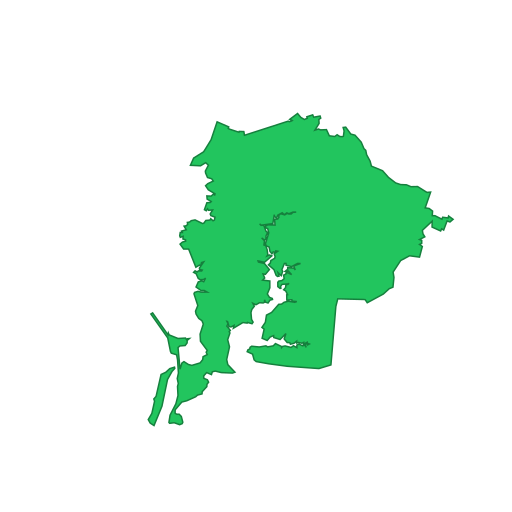 Whau Local Board Area, New Zealand, rotated 235°
{"feature_id": "76426892B68447981538079", "entity_name": "Whau Local Board Area", "entity_type": "district", "adm_level": 2, "iso_a3": "NZL", "parent_name": "New Zealand", "parent_adm1": "", "projection": "mercator", "projection_center": [174.682, -36.899], "detail": "fine", "context": "isolated", "style": "filled", "palette": "green", "viewbox_px": 512, "rotation_deg": 235, "n_neighbors": 0, "source": "geoboundaries", "source_scale": "gbopen_adm2", "svg_char_len": 6144}
<svg xmlns="http://www.w3.org/2000/svg" viewBox="0 0 512 512"><g transform="rotate(235 256 256)"><path d="M123.8,254.9L168.9,292.5L174.0,298.4L158.6,319.3L157.6,320.4L153.9,320.3L151.8,338.5L152.8,346.4L151.9,350.3L159.3,356.7L164.2,359.1L169.3,371.9L168.1,381.9L161.3,389.3L168.4,397.7L171.7,396.6L171.3,399.0L173.7,400.7L175.7,399.4L174.9,405.3L178.4,405.5L181.6,407.0L183.5,420.3L178.7,416.8L170.6,421.6L171.8,423.7L169.6,424.6L175.1,432.6L172.6,434.4L173.0,438.5L178.3,436.7L177.0,435.2L180.7,431.1L179.5,429.4L186.4,425.7L187.9,423.5L191.5,426.4L195.6,425.1L198.4,422.2L208.2,435.7L210.1,432.5L220.2,428.2L223.9,422.7L228.0,420.1L231.6,415.4L235.8,412.3L244.4,409.6L253.2,408.6L263.4,402.1L268.3,403.9L275.5,404.7L279.6,406.5L282.0,406.0L288.9,407.5L298.2,406.4L301.5,403.6L310.1,403.4L311.3,401.1L307.9,399.9L303.9,396.2L304.3,395.1L305.8,393.2L308.8,392.0L308.7,389.1L312.4,385.0L319.1,386.2L322.3,381.2L324.2,380.0L325.3,376.4L328.4,383.7L331.8,385.8L331.8,388.1L333.9,388.8L336.6,382.9L339.1,383.4L340.9,377.5L339.4,377.0L340.1,373.9L343.9,372.2L348.9,371.8L348.6,362.0L346.2,363.4L346.2,362.6L346.9,360.3L348.0,359.7L361.5,315.8L364.9,317.4L367.7,313.7L367.2,313.0L375.2,307.0L376.5,306.4L377.4,307.7L388.2,301.1L377.0,285.9L372.7,276.0L371.4,272.8L372.0,261.1L367.9,254.3L361.7,262.3L361.3,268.3L357.7,269.1L354.6,263.2L352.9,262.3L348.1,261.3L344.7,264.0L341.9,264.0L342.9,258.1L342.5,255.0L337.6,254.9L330.4,258.1L329.7,257.2L331.1,256.6L330.8,253.6L333.4,250.2L330.6,248.6L326.3,250.6L326.0,249.4L327.8,246.3L323.5,240.3L321.6,241.2L322.5,243.4L320.7,243.3L318.6,246.9L316.7,242.6L315.0,242.2L311.3,244.7L309.3,242.5L309.5,241.0L312.5,240.3L311.8,238.9L313.9,235.3L312.8,232.0L313.3,230.8L320.5,226.8L322.1,223.2L321.9,221.0L322.9,219.0L321.1,218.2L320.8,216.2L321.7,214.2L317.5,213.9L319.1,209.3L317.5,209.1L318.7,207.4L316.3,205.1L314.7,204.7L313.9,207.6L311.8,205.9L309.7,207.6L308.5,206.9L309.6,203.7L309.3,200.6L303.2,200.7L300.3,204.8L281.3,200.3L281.0,204.5L279.8,205.2L281.9,207.6L281.2,209.8L278.5,202.6L277.3,202.1L275.3,203.9L274.9,202.9L276.9,200.2L276.6,198.7L278.8,197.6L278.4,195.5L275.7,196.8L270.7,195.8L268.6,196.7L266.8,199.6L266.8,202.0L264.9,198.4L266.7,197.3L267.9,193.9L265.0,189.1L259.2,191.2L257.5,193.8L254.4,195.3L257.8,190.3L260.3,188.3L261.4,184.8L260.6,183.5L248.8,179.9L245.5,174.8L242.8,173.6L237.7,173.3L234.0,174.6L230.5,173.8L224.1,165.4L218.0,161.6L206.6,161.9L205.8,160.0L203.2,159.5L203.9,154.9L201.7,152.9L200.5,148.9L203.2,140.7L205.9,138.4L210.8,136.4L210.8,133.9L206.9,128.9L225.7,139.6L226.0,142.0L223.3,146.6L224.3,149.7L226.3,151.2L226.6,154.1L227.6,152.3L226.9,151.1L229.2,151.2L233.2,144.8L241.2,139.6L243.1,140.0L241.8,138.7L268.7,138.7L268.8,136.6L239.5,136.7L226.9,131.2L225.0,130.9L220.6,134.3L215.8,132.1L204.6,125.3L200.8,121.2L196.1,119.2L194.2,116.9L186.5,112.1L180.9,105.6L174.9,94.3L169.6,89.2L168.5,89.3L166.3,93.4L161.6,96.7L161.0,99.4L161.8,100.7L167.4,102.8L170.5,102.3L171.9,100.2L173.7,99.6L176.4,101.6L178.9,111.5L177.1,116.3L175.3,125.8L175.6,128.3L174.0,132.7L175.7,134.1L177.2,140.8L179.0,142.2L179.8,144.8L182.5,145.2L185.7,143.1L187.8,144.4L188.8,148.7L184.4,151.5L186.2,153.8L185.1,156.6L180.4,160.7L173.6,169.6L172.9,172.1L183.2,170.6L188.0,172.6L196.8,182.2L203.7,184.8L207.9,190.5L209.4,190.6L209.8,192.3L215.3,191.9L216.6,194.3L219.1,194.7L218.6,195.1L213.6,193.4L212.2,194.9L211.8,198.2L209.8,196.0L209.0,207.1L206.1,210.3L206.5,210.9L202.8,213.9L203.5,215.7L206.6,216.0L212.5,219.4L214.6,221.9L215.8,225.8L219.1,226.3L216.1,228.0L215.7,232.1L213.4,235.0L213.2,236.4L215.2,237.9L212.7,237.3L210.6,238.9L211.8,242.1L210.9,244.6L211.9,245.0L214.4,243.3L218.4,243.5L222.0,249.1L227.6,253.0L232.4,247.6L233.0,250.5L237.3,251.5L235.6,253.2L237.2,259.2L245.0,258.6L249.4,254.7L249.9,255.8L251.5,254.2L246.0,259.4L247.0,269.0L249.2,267.5L249.7,265.0L250.3,266.4L254.7,268.7L258.8,269.9L260.5,268.8L263.5,271.6L267.6,271.0L264.7,271.9L263.9,273.5L266.8,275.8L268.5,278.9L270.6,278.4L276.8,280.0L278.2,277.7L280.3,277.4L278.3,277.9L272.9,288.4L279.4,294.7L278.1,293.9L275.2,294.5L277.0,297.3L276.4,302.3L273.6,302.9L273.7,306.0L271.8,307.2L270.8,311.4L268.9,314.1L270.6,311.2L270.2,309.1L271.5,307.0L273.0,305.9L273.2,303.1L276.5,300.4L276.1,297.7L274.5,296.9L273.8,294.9L275.4,292.3L270.4,289.3L274.6,283.8L275.1,281.1L273.9,279.9L271.7,281.3L267.6,279.7L260.5,270.6L258.3,270.3L255.8,271.9L251.9,270.1L248.7,270.3L249.5,272.4L247.9,274.0L248.9,275.2L247.4,276.6L247.4,272.1L244.7,271.4L243.4,270.0L243.8,265.6L242.0,263.7L241.6,261.1L234.5,262.9L228.7,261.4L226.9,261.9L226.3,263.3L229.9,264.5L225.4,265.4L228.1,269.0L230.0,269.4L233.6,275.0L232.7,276.3L231.2,275.3L226.9,279.1L226.1,285.8L224.3,288.2L226.2,281.2L222.0,280.1L224.3,280.1L228.3,275.3L227.0,274.4L226.7,271.0L225.4,272.3L225.3,273.8L220.3,274.5L224.5,272.1L224.8,270.7L224.1,270.2L224.5,267.6L221.3,266.1L221.0,263.1L222.4,260.3L222.0,258.8L218.4,256.3L215.6,257.1L215.3,257.9L216.9,258.6L217.9,261.0L214.7,266.3L215.0,267.3L214.4,266.4L215.1,263.9L213.1,262.0L212.5,259.3L210.3,260.3L206.2,259.7L206.6,258.9L202.3,256.0L199.6,260.3L198.4,259.6L195.3,263.3L195.8,261.2L200.4,256.5L202.0,252.5L201.9,249.3L203.4,246.9L200.8,236.4L201.6,230.7L196.3,225.6L194.1,219.9L191.4,220.7L185.1,213.8L180.4,216.7L181.5,221.1L180.7,224.8L179.0,223.8L173.8,227.8L175.3,236.0L171.9,231.5L167.2,231.9L165.6,234.0L164.0,233.6L162.7,237.1L162.9,240.5L161.4,239.4L160.8,241.3L158.3,243.5L157.9,245.5L156.6,244.3L156.0,248.6L154.0,247.7L154.1,248.6L153.8,249.0L153.5,249.2L153.3,249.3L153.6,247.2L155.0,247.6L155.6,245.5L152.3,244.7L155.0,244.9L155.7,242.6L159.2,240.7L159.6,238.4L157.5,236.9L161.0,235.2L161.0,232.3L165.6,228.3L166.7,225.9L166.3,224.4L167.4,224.9L173.1,221.7L172.5,218.6L174.9,213.4L176.7,212.6L179.6,206.5L184.6,200.7L184.6,198.7L183.4,197.6L183.8,195.6L182.7,193.9L177.6,196.9L172.0,194.9L169.4,195.6L160.3,204.7L147.7,218.4L127.7,243.0L123.8,254.9ZM179.8,73.5L175.6,75.2L186.9,92.8L205.6,112.7L209.6,121.0L210.5,125.0L211.7,125.5L213.2,120.8L212.5,115.4L213.4,110.3L198.3,93.6L197.5,90.3L195.2,89.6L186.8,80.4L183.8,73.9L179.8,73.5Z" fill="#22c55e" stroke="#15803d" stroke-width="1.5"/></g></svg>